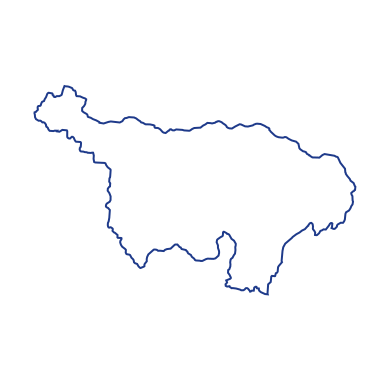 Hojancha, Guanacaste, Costa Rica, rotated 94°
{"feature_id": "36466004B12403637236294", "entity_name": "Hojancha", "entity_type": "district", "adm_level": 2, "iso_a3": "CRI", "parent_name": "Costa Rica", "parent_adm1": "Guanacaste", "projection": "natural_earth1", "projection_center": [-85.409, 9.974], "detail": "fine", "context": "isolated", "style": "outline", "palette": "blue", "viewbox_px": 384, "rotation_deg": 94, "n_neighbors": 0, "source": "geoboundaries", "source_scale": "gbopen_adm2", "svg_char_len": 6045}
<svg xmlns="http://www.w3.org/2000/svg" viewBox="0 0 384 384"><g transform="rotate(94 192 192)"><path d="M129.4,289.2L128.7,289.3L127.2,292.6L126.2,295.9L125.0,298.2L124.4,300.8L124.1,301.2L122.4,301.7L121.6,302.4L119.9,305.9L118.7,307.3L115.8,307.4L113.8,305.7L112.4,305.0L111.4,304.6L109.5,304.6L107.6,304.0L106.9,304.0L106.1,305.2L105.5,307.5L104.4,310.3L104.4,313.8L103.4,314.4L100.4,315.0L99.1,315.7L98.9,317.1L98.5,317.7L96.9,318.7L96.6,319.1L95.6,322.1L95.4,323.4L95.4,325.6L95.2,326.6L99.4,327.9L103.7,328.7L104.4,329.0L105.6,331.0L105.8,333.6L106.8,335.0L106.8,336.0L106.3,336.7L105.4,336.8L104.9,337.8L103.7,338.0L103.4,338.3L103.0,341.9L103.5,342.7L104.2,343.2L107.5,344.2L109.9,345.5L111.5,345.9L112.5,347.8L114.0,348.5L116.2,349.0L116.6,349.4L117.0,351.3L117.7,351.8L119.0,351.9L120.1,351.5L121.2,351.7L121.9,352.6L122.9,353.2L123.5,354.6L124.7,354.6L125.6,354.2L128.3,353.8L130.2,352.7L131.6,350.0L131.4,348.4L131.7,347.6L133.0,346.1L132.8,345.0L133.2,343.9L134.9,342.4L136.3,342.2L136.7,341.7L137.1,341.7L137.9,340.4L139.7,339.5L140.9,338.3L140.9,334.5L140.4,333.3L140.3,331.4L140.5,331.6L140.9,331.4L141.1,328.4L139.1,325.7L139.2,321.2L140.0,320.7L145.0,320.4L146.0,320.2L146.6,319.7L147.2,318.5L147.2,317.5L145.3,315.7L145.3,314.8L146.2,313.7L148.2,312.7L149.7,311.6L149.9,311.2L149.9,306.9L150.3,306.3L151.1,306.1L154.1,306.1L154.3,306.3L155.1,306.3L156.0,307.0L157.6,307.0L158.9,306.3L159.3,305.6L159.3,303.2L159.7,301.7L159.7,299.7L160.1,299.0L160.1,295.6L159.7,294.4L159.7,293.4L162.4,292.5L165.8,292.5L168.9,291.7L169.3,290.6L169.1,281.1L169.5,280.3L171.3,279.4L173.2,277.8L175.1,275.0L175.7,274.7L181.9,274.7L183.2,274.8L184.1,275.3L187.5,275.3L189.0,274.2L192.2,274.2L192.7,275.0L194.5,276.2L196.6,276.2L198.8,274.4L202.0,272.9L205.7,272.7L207.4,273.4L209.6,276.3L211.1,276.9L212.1,276.9L212.6,276.8L213.3,275.9L213.8,274.6L215.7,272.7L223.5,272.7L227.1,273.1L228.8,273.7L230.9,273.7L232.4,273.3L233.2,272.7L233.3,271.8L232.9,271.1L232.9,270.5L233.8,268.9L234.5,268.4L236.3,268.6L237.7,267.1L238.1,266.0L240.1,263.3L242.5,263.2L242.9,262.7L242.8,259.4L243.0,259.1L244.0,259.1L245.9,260.1L247.4,260.1L249.6,259.2L251.4,257.9L253.6,254.6L254.4,253.9L257.1,253.9L258.4,253.1L258.6,252.6L258.9,250.0L259.3,249.3L261.8,247.8L263.0,246.3L264.0,245.5L266.2,244.9L267.0,243.9L267.6,241.7L270.0,240.1L271.3,238.5L271.4,238.0L269.8,234.8L269.4,234.3L267.9,234.4L266.9,234.1L264.3,232.3L262.0,232.5L259.9,232.2L257.3,231.2L252.2,226.2L252.0,225.4L252.0,223.9L252.2,223.0L253.0,221.7L252.8,220.0L252.9,216.1L251.6,214.9L250.7,213.0L250.0,209.4L245.9,205.6L245.6,205.1L245.4,202.9L247.8,200.5L248.1,199.4L249.6,198.4L250.3,194.1L250.7,193.9L251.8,192.4L252.4,192.3L253.5,191.5L254.9,188.7L256.6,187.7L258.4,185.1L259.5,184.4L260.0,183.4L260.0,179.3L260.2,178.3L260.0,176.8L258.0,173.4L257.4,171.8L257.2,166.0L256.8,164.6L256.5,163.9L253.6,161.1L250.9,160.7L249.0,160.9L245.9,162.2L243.4,162.4L240.4,163.9L238.2,163.7L237.4,163.2L235.1,160.4L233.9,158.5L233.2,158.2L230.1,158.2L229.5,157.8L229.5,157.1L230.7,154.5L231.3,154.1L231.4,153.0L231.9,152.0L236.0,149.3L237.6,146.7L240.6,144.7L242.7,144.7L243.8,145.0L246.9,144.6L250.5,144.8L252.0,145.8L254.8,147.0L255.9,148.3L256.9,148.8L259.5,149.0L261.6,148.6L263.7,148.6L266.5,149.4L267.4,150.5L270.1,150.4L271.8,148.9L274.6,147.3L275.3,147.3L275.9,147.8L277.8,151.7L279.6,150.7L280.5,151.1L281.7,152.1L283.3,151.8L283.9,150.4L283.4,148.1L283.9,148.0L285.2,145.7L285.0,144.6L285.2,141.3L286.0,137.3L286.6,136.0L286.4,133.8L285.6,132.7L284.4,131.8L284.1,131.3L284.1,130.1L284.7,129.2L286.8,127.3L288.1,126.9L287.4,126.8L286.3,125.6L286.1,123.5L283.0,123.2L282.1,122.1L282.1,121.1L283.5,120.5L283.6,118.6L284.9,118.5L285.9,117.9L287.1,116.3L288.7,112.0L288.8,109.3L287.9,109.6L278.8,109.6L276.3,107.2L270.8,107.0L270.1,106.4L270.2,103.5L270.0,103.2L267.2,102.7L266.6,101.6L265.5,101.0L261.0,100.9L259.6,100.2L255.7,97.3L254.7,97.8L244.4,97.6L240.7,97.1L237.0,95.4L230.9,89.2L229.9,88.5L226.8,84.9L224.9,81.9L222.8,79.6L221.2,76.8L217.8,74.1L217.6,73.7L217.2,73.7L215.1,72.4L214.6,71.5L214.5,70.7L215.7,69.4L217.9,68.9L220.0,68.9L220.7,68.7L222.2,67.3L223.8,66.3L226.3,66.3L226.4,64.9L226.1,64.1L224.2,62.3L222.0,61.3L221.6,60.7L221.4,60.0L220.1,58.2L220.1,55.9L215.8,53.0L214.1,52.2L213.3,51.3L213.2,50.4L213.7,49.8L217.0,49.9L218.2,50.3L218.9,48.4L218.9,47.5L218.5,46.7L216.4,45.0L215.2,45.0L214.2,44.3L212.3,41.5L212.2,39.2L210.6,38.2L208.8,37.6L203.1,37.4L201.5,36.9L199.5,34.1L197.4,32.9L194.8,32.0L193.2,31.0L190.4,30.7L189.2,31.2L184.9,31.7L183.4,32.7L182.0,33.1L180.3,31.6L179.7,30.5L178.6,29.9L178.5,29.5L175.3,29.4L174.7,30.0L171.8,31.4L169.7,34.6L168.0,35.5L165.1,38.3L163.2,39.8L162.4,39.9L161.7,40.4L158.1,41.0L152.6,46.0L147.3,48.9L146.8,49.8L146.7,50.8L145.9,52.4L144.9,62.4L146.0,64.4L148.8,67.3L149.1,74.3L147.9,76.5L147.2,77.3L147.2,77.8L146.8,78.0L146.0,79.9L144.9,80.8L144.5,80.9L143.9,82.3L143.6,84.1L141.8,87.0L140.9,87.9L136.5,89.2L134.5,91.7L133.6,96.1L132.2,99.4L130.9,101.5L130.7,102.3L130.7,103.3L131.3,104.5L131.5,105.8L131.3,109.5L130.7,111.7L129.8,113.4L126.2,117.8L125.1,118.6L124.6,119.3L123.4,119.3L122.8,119.9L122.1,122.1L121.0,124.0L119.4,128.3L119.3,131.6L119.5,132.9L120.5,135.0L121.3,136.0L122.8,140.8L122.8,143.6L121.2,147.8L121.1,149.2L123.6,153.4L125.9,156.6L125.9,159.0L125.6,160.3L124.8,161.8L124.1,162.1L122.9,163.2L121.1,166.3L120.3,167.3L119.5,169.7L119.5,170.7L119.8,171.6L120.3,172.2L120.3,172.7L121.3,173.9L122.2,176.8L122.0,178.2L122.0,181.5L123.6,183.3L124.9,185.5L127.2,188.0L128.0,194.2L129.1,196.2L130.7,198.1L131.1,199.0L131.1,204.2L130.7,205.9L130.7,212.1L131.8,214.1L131.8,215.6L131.7,216.0L130.9,217.3L131.0,218.2L132.2,219.0L132.2,219.4L135.0,222.4L134.8,224.2L134.3,225.4L131.7,228.1L130.7,229.9L130.5,230.9L130.6,233.2L129.7,234.0L128.4,234.1L128.0,235.1L127.5,238.6L127.7,243.2L126.4,245.8L126.1,247.6L124.9,248.8L124.2,250.3L122.5,252.8L121.7,255.0L121.7,260.2L122.7,262.4L123.0,264.0L124.3,265.3L126.2,266.4L127.7,268.9L127.3,277.9L127.9,280.2L129.8,284.9L129.4,289.2Z" fill="none" stroke="#1e3a8a" stroke-width="2"/></g></svg>